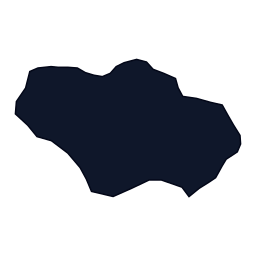 Orga, Cyprus (Albers equal-area conic projection)
{"feature_id": "46923920B94328330432967", "entity_name": "Orga", "entity_type": "district", "adm_level": 2, "iso_a3": "CYP", "parent_name": "Cyprus", "parent_adm1": "", "projection": "albers", "projection_center": [33.031, 35.359], "detail": "fine", "context": "isolated", "style": "filled", "palette": "ink", "viewbox_px": 256, "rotation_deg": 0, "n_neighbors": 0, "source": "geoboundaries", "source_scale": "gbopen_adm2", "svg_char_len": 693}
<svg xmlns="http://www.w3.org/2000/svg" viewBox="0 0 256 256"><path d="M189.0,196.6L199.2,188.3L209.7,181.7L215.6,177.7L218.9,171.8L222.2,165.8L226.2,159.2L237.3,151.9L240.6,144.0L240.0,135.4L233.4,124.8L228.1,115.6L222.2,105.0L210.4,102.3L196.5,98.4L182.7,96.4L178.1,87.8L175.5,78.5L163.6,73.3L153.1,69.3L146.5,62.0L136.6,59.4L124.1,62.7L116.2,66.6L110.3,73.3L102.4,76.6L93.9,75.2L85.3,72.6L77.4,68.0L68.2,67.3L58.3,67.3L51.1,66.6L37.9,68.0L29.8,71.5L25.6,88.0L16.4,101.5L15.4,113.9L27.7,125.2L37.0,136.6L51.4,140.7L67.8,153.1L80.1,167.6L86.3,179.0L91.5,191.4L113.1,196.5L131.6,188.3L149.1,180.0L161.4,180.0L182.0,187.2L189.0,196.6Z" fill="#0f172a" stroke="#020617" stroke-width="1.5"/></svg>